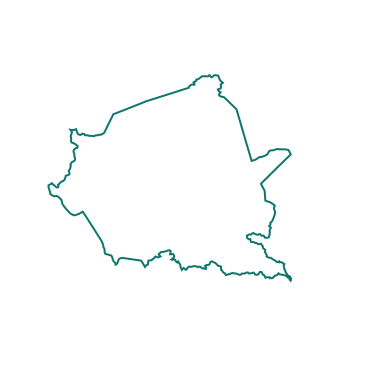 Quixeramobim, Ceará, Brazil, rotated 131°
{"feature_id": "56859067B28846825855814", "entity_name": "Quixeramobim", "entity_type": "district", "adm_level": 2, "iso_a3": "BRA", "parent_name": "Brazil", "parent_adm1": "Ceará", "projection": "mercator", "projection_center": [-39.308, -5.193], "detail": "fine", "context": "isolated", "style": "outline", "palette": "teal", "viewbox_px": 384, "rotation_deg": 131, "n_neighbors": 0, "source": "geoboundaries", "source_scale": "gbopen_adm2", "svg_char_len": 6047}
<svg xmlns="http://www.w3.org/2000/svg" viewBox="0 0 384 384"><g transform="rotate(131 192 192)"><path d="M279.4,178.3L277.1,178.4L275.8,177.7L274.9,178.2L274.2,178.9L273.3,179.4L272.2,179.8L270.9,178.4L270.0,177.8L269.0,177.8L267.3,177.3L266.1,177.4L264.6,177.3L264.3,176.1L263.8,174.9L262.4,174.0L261.3,173.5L261.1,175.1L261.1,176.1L260.1,176.5L259.0,176.1L257.6,176.0L256.7,175.0L255.1,173.7L253.6,172.6L252.0,171.9L250.7,170.7L250.6,169.4L251.6,168.6L253.4,167.7L252.3,166.6L251.3,165.6L251.6,164.1L252.4,163.0L253.8,162.9L255.2,163.0L256.4,163.3L256.1,162.3L255.0,161.7L254.2,160.7L255.0,158.3L254.9,157.0L253.5,157.0L253.8,156.0L254.3,154.7L254.4,153.7L255.1,152.6L256.2,151.3L256.8,149.8L257.4,148.6L254.9,148.5L254.7,147.2L254.9,145.8L253.9,145.2L252.9,145.6L251.7,145.5L250.7,145.5L249.8,144.7L248.9,143.4L247.7,142.6L246.5,141.8L245.9,140.9L245.2,139.8L244.9,138.2L243.5,137.6L243.1,136.7L242.9,135.4L242.8,133.8L241.9,133.2L241.5,132.1L240.9,131.0L239.9,131.7L239.2,133.7L238.2,133.3L237.3,133.1L236.9,132.2L235.9,131.5L234.5,131.5L233.4,132.0L232.1,132.1L231.2,131.3L230.9,129.9L230.3,127.9L230.3,125.9L230.6,124.4L229.8,122.4L229.3,121.1L231.6,119.1L231.5,118.1L231.9,117.1L232.2,115.5L231.8,113.9L232.3,112.9L232.5,111.9L230.1,110.6L229.3,109.6L227.9,109.2L226.5,108.3L225.9,107.2L225.4,106.1L224.5,105.2L224.0,103.4L223.5,102.1L222.9,101.3L221.9,100.9L220.9,100.9L220.2,99.9L219.1,99.0L218.0,98.2L216.8,97.9L216.1,97.0L216.2,95.7L215.0,94.5L213.8,93.5L212.5,92.8L212.5,91.5L212.8,90.3L212.2,89.0L211.1,88.1L209.6,88.0L207.8,88.3L207.0,87.5L206.8,86.6L207.3,85.6L207.9,84.6L207.4,82.9L208.1,81.6L208.5,80.2L207.0,79.6L206.3,78.4L205.4,77.5L206.0,76.6L204.1,74.7L202.3,74.7L200.8,74.5L199.5,73.5L198.2,73.3L196.6,73.3L196.8,72.3L196.3,71.3L194.9,69.0L193.6,66.5L193.5,65.4L193.7,63.7L193.2,62.0L194.1,60.7L194.2,59.4L193.2,59.8L192.4,60.6L191.6,62.0L191.6,63.2L191.9,64.4L192.1,66.3L191.4,66.9L191.3,68.2L190.6,69.6L189.8,70.5L189.7,71.7L188.8,72.7L188.1,73.8L187.1,74.7L185.8,75.0L186.0,76.0L186.1,77.7L186.7,79.1L187.7,79.8L187.2,80.8L188.7,81.3L189.3,82.6L189.1,83.8L189.4,85.2L189.7,86.3L189.8,87.6L189.9,89.1L190.9,90.4L191.2,91.6L191.7,92.3L191.7,93.4L190.5,94.2L190.2,95.3L189.8,96.4L189.5,97.7L188.5,98.0L187.5,98.9L187.8,100.4L187.5,102.0L186.5,103.0L186.3,104.4L185.8,105.9L186.5,106.7L187.5,107.2L188.1,108.1L188.0,109.4L189.0,111.0L189.2,112.5L190.2,113.5L191.0,114.7L190.1,116.1L189.3,117.0L190.2,118.0L190.6,119.8L189.8,121.1L189.0,122.0L188.2,121.6L187.1,121.4L186.2,120.6L185.6,119.7L184.6,119.5L183.4,119.2L182.5,118.6L182.6,117.5L182.2,116.4L181.6,115.1L181.0,114.1L179.9,113.7L179.1,113.0L179.4,111.7L179.2,110.4L178.2,109.7L178.0,108.5L178.6,107.0L176.9,104.9L175.8,104.3L174.4,105.1L173.3,105.4L172.3,106.3L171.2,106.9L170.5,107.9L169.5,108.5L168.2,108.7L167.1,109.2L167.3,110.4L167.1,111.4L165.9,111.3L164.8,111.7L163.8,112.7L162.9,112.4L161.2,112.5L159.9,112.8L158.5,113.3L157.0,113.9L154.1,115.1L152.6,116.0L151.9,117.2L150.9,119.2L150.1,119.8L149.2,120.1L148.2,120.3L147.9,121.7L148.5,126.5L149.4,128.4L150.4,130.9L149.4,132.0L145.8,135.6L143.4,138.0L142.3,141.0L141.7,142.6L140.6,145.3L136.2,145.1L133.8,144.9L118.6,143.8L98.9,142.1L98.2,143.6L97.8,144.7L97.4,145.6L97.1,147.0L97.9,148.4L98.9,149.9L100.4,151.6L101.3,152.9L102.3,153.5L102.9,155.1L103.7,156.0L106.9,157.8L109.4,160.2L110.6,160.6L112.3,160.2L114.6,159.9L116.6,160.7L118.4,161.7L119.7,162.2L120.4,163.1L121.1,163.9L124.4,164.8L125.7,165.2L127.4,166.1L128.3,166.8L129.4,167.4L118.6,184.4L112.0,194.6L103.6,207.7L100.4,212.7L100.2,216.0L99.5,228.8L99.5,230.3L100.7,232.2L101.1,233.3L101.3,234.7L100.6,235.7L99.5,235.7L98.0,235.9L98.4,237.0L98.2,238.6L97.6,239.7L96.4,239.0L95.0,238.4L93.8,238.7L93.0,240.0L92.0,240.8L90.5,240.7L89.3,240.4L89.2,241.7L89.5,242.8L89.1,244.6L88.4,246.0L87.7,247.3L87.0,248.7L87.8,249.8L88.3,250.9L89.5,251.7L92.5,252.4L92.7,253.5L92.3,254.6L92.5,255.6L93.7,255.6L94.9,256.5L95.6,257.4L96.4,258.4L97.4,259.6L98.2,260.5L99.2,260.5L100.6,260.9L102.3,261.2L103.2,261.6L104.2,262.5L105.3,261.8L106.3,261.9L107.3,262.7L108.3,262.7L108.5,261.5L109.4,260.6L110.7,262.2L111.9,263.1L113.1,263.2L114.6,263.4L115.4,262.8L134.8,274.6L135.8,275.2L153.2,285.9L155.6,287.1L174.5,296.9L184.9,302.4L190.2,301.0L204.9,297.1L206.2,297.3L207.4,298.0L208.5,298.2L209.1,299.0L209.9,299.8L211.2,300.4L212.0,301.5L213.0,302.2L214.1,302.4L214.7,303.3L215.4,304.5L216.6,305.8L217.4,307.1L217.7,308.1L218.5,308.8L219.4,310.1L218.9,311.3L219.6,312.3L220.1,313.2L221.1,313.2L222.0,313.5L222.7,314.5L222.9,315.7L222.9,316.6L222.4,317.6L221.2,319.8L220.6,320.7L221.5,321.2L222.6,321.7L223.4,322.6L224.2,323.5L224.8,324.6L225.2,323.4L225.5,321.9L227.2,321.1L228.2,320.7L229.7,320.1L230.5,318.7L231.5,317.8L232.4,317.2L233.4,316.2L233.6,315.0L233.1,314.1L232.8,313.2L232.5,311.8L232.3,309.7L232.4,308.5L233.9,307.5L235.3,308.5L237.1,308.8L238.4,308.5L239.5,307.7L240.3,305.9L241.3,305.0L242.6,303.8L243.4,302.2L244.1,301.6L245.1,301.2L246.4,301.4L247.6,302.1L249.2,302.2L250.1,301.8L251.1,301.8L252.0,300.5L253.5,299.7L254.6,299.2L255.6,299.1L256.8,299.0L257.7,297.5L258.7,296.3L260.0,296.3L261.0,297.0L262.6,297.9L265.1,296.6L266.2,296.4L267.2,296.3L268.5,296.5L269.8,297.3L271.7,297.5L272.9,297.5L274.3,297.9L275.4,296.4L276.3,296.2L277.4,297.2L277.4,303.6L278.5,303.7L279.8,304.2L281.3,304.6L282.6,303.3L283.4,302.0L284.2,300.7L285.5,298.6L286.5,297.6L286.1,294.2L285.6,293.1L284.8,292.5L283.9,291.7L283.3,289.6L283.5,287.6L283.4,286.4L283.8,285.1L284.5,284.1L286.1,281.9L286.4,280.8L287.2,277.0L287.6,274.2L287.8,272.0L288.1,270.3L287.8,268.8L287.4,266.9L287.0,265.7L285.3,264.5L283.5,263.4L282.2,262.8L278.6,261.6L279.3,258.5L281.7,250.3L288.4,227.8L289.3,226.3L290.0,224.4L290.8,223.7L291.6,222.9L292.5,220.5L294.8,218.4L295.5,216.7L295.0,215.5L294.3,214.4L293.5,212.3L292.9,211.4L293.1,210.4L294.3,208.3L295.2,207.2L295.6,206.1L295.8,204.5L296.1,202.9L297.0,202.0L296.1,201.5L294.3,201.8L291.0,203.1L289.9,202.9L288.9,202.5L287.9,201.8L287.1,200.9L277.2,185.4L277.5,184.1L279.4,178.3Z" fill="none" stroke="#0f766e" stroke-width="2"/></g></svg>